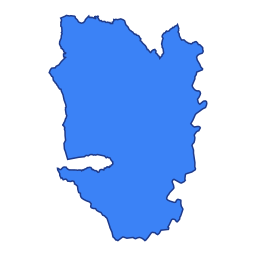 Agrado, Huila, Colombia
{"feature_id": "7082276B63113141901274", "entity_name": "Agrado", "entity_type": "district", "adm_level": 2, "iso_a3": "COL", "parent_name": "Colombia", "parent_adm1": "Huila", "projection": "natural_earth1", "projection_center": [-75.707, 2.263], "detail": "fine", "context": "isolated", "style": "filled", "palette": "blue", "viewbox_px": 256, "rotation_deg": 0, "n_neighbors": 0, "source": "geoboundaries", "source_scale": "gbopen_adm2", "svg_char_len": 5682}
<svg xmlns="http://www.w3.org/2000/svg" viewBox="0 0 256 256"><path d="M177.5,24.5L176.9,25.4L174.8,26.3L173.7,27.6L172.7,27.4L172.1,28.3L170.4,29.2L169.0,31.0L167.5,31.4L166.4,31.0L165.8,31.7L165.6,32.6L164.0,33.1L162.6,34.9L162.2,35.9L162.1,36.8L163.1,38.3L162.3,40.5L162.3,41.3L161.9,42.1L162.0,43.1L161.7,43.4L161.6,44.1L162.1,45.5L162.2,47.5L162.6,47.8L163.1,48.9L163.6,53.0L163.3,53.7L162.2,54.5L161.9,56.1L160.7,57.1L159.8,58.4L159.1,56.3L158.0,55.5L157.5,54.4L155.7,52.8L156.0,50.9L154.8,49.4L154.1,49.8L153.4,49.7L151.7,51.0L150.7,52.6L150.4,52.6L147.9,49.5L147.3,49.6L146.2,47.0L145.3,45.6L142.7,43.2L141.2,41.2L140.3,40.7L140.2,40.0L140.7,39.4L140.8,38.7L139.6,37.6L139.2,36.3L137.9,35.4L136.6,35.2L135.9,34.2L135.0,34.4L134.6,33.9L133.9,33.7L132.6,31.9L131.6,31.6L131.0,30.8L130.2,30.5L128.9,29.0L128.1,27.1L125.8,24.7L124.6,20.8L123.2,19.8L120.8,18.9L117.5,19.7L115.8,19.3L115.1,19.8L113.8,19.5L113.9,20.2L113.5,21.4L112.7,22.2L112.3,22.3L112.6,22.9L112.6,23.5L110.7,23.6L110.3,23.5L110.2,22.9L109.9,22.5L109.0,22.6L107.7,22.1L107.3,22.4L105.7,22.3L104.8,21.4L102.1,21.6L101.2,20.6L100.1,20.8L99.1,19.9L98.0,17.7L97.6,17.4L97.6,17.0L98.2,16.5L97.9,16.1L96.8,16.7L95.4,16.4L94.7,16.7L94.7,17.2L95.3,17.8L95.6,18.5L95.3,18.6L94.9,17.8L94.0,18.1L92.1,17.4L91.4,17.6L90.9,17.2L90.3,17.6L90.0,17.6L89.2,17.2L88.8,16.0L85.4,19.6L85.1,20.7L83.5,22.6L81.3,23.2L78.9,22.2L78.2,21.5L77.5,20.1L75.3,17.9L75.2,16.8L74.6,16.2L70.8,15.7L69.6,16.0L66.3,15.4L65.4,16.1L60.7,18.1L61.4,19.4L61.5,20.7L61.2,22.0L60.8,22.2L61.0,23.2L60.8,26.1L61.7,27.2L62.0,31.6L61.4,32.6L62.1,33.6L61.3,35.6L61.2,38.2L60.4,39.7L60.3,40.3L59.7,41.5L59.5,44.0L60.6,46.4L61.1,46.9L61.0,48.0L61.4,48.5L62.2,48.6L62.7,49.5L63.6,50.2L63.8,51.8L65.7,53.0L65.5,53.6L63.6,53.9L63.5,54.8L63.7,56.9L65.5,57.4L61.3,61.6L58.9,64.9L56.1,66.3L55.3,67.8L51.8,68.1L51.3,68.5L50.3,69.9L49.2,72.7L50.0,73.4L51.7,76.3L52.5,76.6L53.0,77.4L53.1,79.1L53.5,80.6L54.6,81.6L55.3,82.9L56.3,83.5L56.7,84.8L57.6,85.5L58.3,87.1L59.5,88.8L59.9,89.1L60.8,89.1L61.1,89.5L61.3,90.9L63.0,94.8L64.1,100.0L65.7,104.4L66.2,107.0L65.5,107.6L65.6,108.8L65.4,109.5L66.1,114.2L66.7,115.2L66.7,115.9L66.1,118.1L65.6,118.5L64.7,121.5L63.9,122.8L63.4,124.2L62.9,124.5L62.8,124.8L62.9,125.4L63.8,125.9L64.2,126.9L64.7,127.2L64.7,128.4L64.4,129.0L65.0,130.9L65.1,135.7L65.6,140.3L64.0,143.4L64.4,149.0L65.3,151.2L67.7,159.4L78.7,157.3L84.4,156.7L85.9,155.5L86.8,155.4L88.2,155.8L90.0,154.7L91.0,154.5L92.6,154.6L93.1,155.0L93.8,155.1L94.5,154.8L95.7,155.1L97.3,154.5L104.6,156.0L106.2,157.8L107.3,157.1L108.7,157.8L109.8,157.8L111.3,160.4L112.8,162.0L112.6,162.6L112.9,163.5L112.5,164.6L111.4,165.0L110.5,166.4L109.8,166.2L109.4,167.3L108.8,167.0L108.3,167.3L107.9,166.8L106.8,167.0L106.7,167.5L105.8,167.8L105.4,168.3L104.4,168.1L103.8,170.0L102.1,169.5L100.9,169.5L99.6,170.2L99.2,171.8L98.2,172.3L97.9,172.3L97.2,171.3L96.6,171.2L96.1,170.6L94.6,170.6L93.1,169.5L92.3,169.7L91.9,169.3L91.9,168.8L90.9,167.5L89.5,167.3L87.9,167.7L87.3,167.6L86.5,168.5L84.3,169.3L84.0,169.8L83.5,169.8L83.2,170.2L82.6,169.9L82.2,170.1L81.7,170.8L80.9,170.0L79.8,170.2L79.1,169.9L77.8,170.3L76.1,170.0L69.2,169.9L67.7,169.1L66.5,167.9L66.2,167.2L64.1,167.0L63.0,167.4L60.8,169.6L59.6,169.5L58.5,168.5L57.5,168.3L57.7,169.9L59.7,173.5L59.8,175.5L61.0,178.1L61.2,177.8L62.1,178.0L63.2,179.8L65.2,179.1L66.1,179.2L67.3,180.4L67.6,181.1L70.9,181.5L72.2,180.9L73.9,181.4L74.6,183.2L74.5,183.9L75.6,184.5L77.5,186.2L77.9,189.7L78.7,192.5L80.4,193.3L80.4,195.1L80.9,196.9L81.7,198.0L83.5,199.3L86.2,200.7L89.7,202.0L91.2,203.8L90.7,206.3L90.8,207.0L91.5,207.8L93.4,208.5L95.6,208.6L96.6,210.3L98.7,211.6L101.0,212.5L102.7,215.2L104.5,215.8L105.9,217.4L106.4,217.5L107.2,218.8L109.8,226.7L109.9,227.4L112.0,232.2L113.0,236.9L114.1,237.8L115.9,240.0L116.3,239.9L117.9,240.6L122.6,237.0L123.4,237.0L126.8,238.2L132.5,237.5L133.6,237.6L134.2,238.3L135.6,238.7L137.6,237.8L139.6,237.4L141.7,238.1L143.5,239.3L144.9,240.6L145.9,240.0L148.0,237.5L151.1,233.1L152.2,232.3L155.0,232.7L156.3,233.9L157.7,234.6L159.3,233.2L161.0,230.2L168.4,229.4L168.8,227.9L167.9,227.0L169.1,225.0L171.6,219.7L172.7,219.1L173.9,219.2L175.2,219.8L176.0,221.1L176.8,221.8L177.4,221.8L179.6,219.2L179.9,217.2L180.7,215.9L182.9,209.3L182.7,208.6L181.3,206.2L180.8,203.5L180.9,200.6L180.7,200.1L177.9,199.3L176.6,200.2L175.6,202.2L174.1,202.4L169.7,201.0L167.7,200.0L166.8,199.1L166.7,197.9L167.6,195.5L168.5,194.7L169.6,192.7L173.7,188.4L173.9,187.7L173.5,185.3L172.2,182.0L172.2,181.2L173.1,179.7L174.0,179.3L180.5,182.9L181.5,183.0L184.3,181.5L185.3,180.2L184.9,179.5L184.9,178.6L185.4,174.6L186.1,173.8L191.8,172.0L195.2,169.8L195.5,168.8L194.8,166.9L194.9,162.7L193.5,153.2L193.5,150.1L192.0,145.5L192.6,144.0L194.0,142.5L194.6,140.2L194.9,137.8L194.3,135.4L194.4,134.7L196.4,131.9L197.4,131.2L198.8,130.7L200.3,127.9L199.8,127.0L198.8,126.5L197.1,126.5L194.4,127.0L193.2,126.3L190.8,123.7L192.9,120.1L195.3,114.6L196.3,113.5L202.8,108.8L205.5,107.5L206.5,105.0L206.8,103.3L206.4,101.5L205.2,100.9L203.4,101.2L199.8,104.2L198.8,103.4L198.1,102.0L197.5,99.2L199.0,97.2L200.2,94.6L200.5,93.3L199.8,91.5L198.8,90.9L197.1,90.9L195.4,90.3L193.8,88.8L192.5,86.9L192.2,85.3L194.9,78.9L194.9,76.7L196.2,74.7L196.7,72.1L202.4,69.8L202.6,68.8L200.8,67.0L199.8,64.4L197.2,60.0L196.6,57.1L197.4,55.6L199.2,54.2L202.2,53.2L203.0,52.0L203.2,51.0L202.8,50.0L202.6,48.7L202.8,48.1L202.5,47.4L200.1,45.0L199.4,44.6L198.4,44.6L197.7,43.2L196.3,41.7L195.1,41.7L194.3,42.3L192.9,42.6L192.1,43.5L191.0,43.9L189.7,43.4L188.5,43.4L187.7,42.6L186.3,42.0L184.0,39.9L181.5,40.0L179.4,36.0L179.1,33.6L178.1,32.1L178.2,31.4L178.7,30.5L178.5,29.0L178.8,28.6L177.5,24.5Z" fill="#3b82f6" stroke="#1e3a8a" stroke-width="1.5"/></svg>